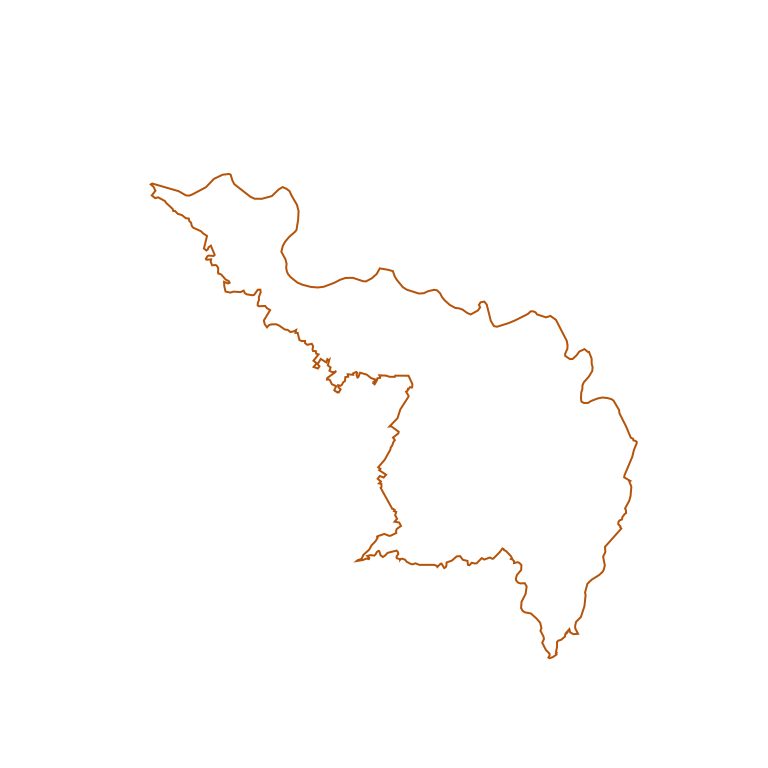 the district of Apazapan, Veracruz, Mexico, rotated 218°
{"feature_id": "50627088B67463100581546", "entity_name": "Apazapan", "entity_type": "district", "adm_level": 2, "iso_a3": "MEX", "parent_name": "Mexico", "parent_adm1": "Veracruz", "projection": "robinson", "projection_center": [-96.664, 19.343], "detail": "fine", "context": "isolated", "style": "outline", "palette": "amber", "viewbox_px": 768, "rotation_deg": 218, "n_neighbors": 0, "source": "geoboundaries", "source_scale": "gbopen_adm2", "svg_char_len": 6131}
<svg xmlns="http://www.w3.org/2000/svg" viewBox="0 0 768 768"><g transform="rotate(218 384 384)"><path d="M683.1,389.6L678.7,389.6L677.0,392.0L669.4,393.3L667.3,392.6L658.2,391.8L656.6,390.6L655.2,391.7L651.4,391.1L647.1,392.7L642.3,392.6L639.7,394.2L637.9,392.6L635.3,392.3L632.8,390.2L630.5,389.7L622.4,391.7L619.0,391.3L614.6,391.7L609.3,379.9L606.1,379.9L605.8,381.7L606.4,383.7L605.6,386.4L596.9,381.5L597.0,380.1L601.3,377.2L601.8,375.9L601.4,372.9L600.7,372.6L599.8,373.1L597.0,375.8L595.8,373.6L592.5,371.7L589.9,374.1L588.7,374.3L586.0,373.3L583.5,369.7L582.4,369.0L581.5,369.7L579.4,370.0L573.0,368.8L569.8,369.5L568.0,368.8L568.7,367.3L572.9,366.0L570.0,362.7L565.8,359.3L561.4,361.4L559.4,364.2L553.6,368.1L552.1,371.2L549.6,369.9L547.3,370.2L542.2,373.0L541.2,374.4L541.5,380.6L539.5,382.2L537.6,380.3L536.2,375.6L534.2,373.1L533.5,370.5L531.9,368.1L530.4,368.3L525.7,372.3L523.1,371.7L519.2,372.1L517.8,360.1L514.8,357.7L511.1,356.6L510.9,359.6L509.4,361.7L505.7,364.7L502.7,365.5L495.7,365.9L493.1,367.4L489.8,367.3L487.4,370.1L486.5,372.4L485.2,369.8L483.5,371.1L477.7,366.6L475.2,367.2L472.7,369.3L471.3,367.6L468.6,367.6L465.7,371.2L463.2,370.2L461.5,367.1L460.2,366.3L458.0,367.9L456.1,366.2L453.8,367.0L453.9,358.9L449.8,359.0L450.0,354.1L445.6,355.5L445.8,358.3L448.5,358.7L449.3,364.8L442.8,365.5L443.9,368.7L442.1,368.6L442.0,369.3L439.7,364.1L436.2,364.1L435.2,360.9L432.3,361.4L430.1,363.2L429.9,365.0L429.7,363.1L432.4,353.8L431.6,352.4L430.4,353.5L429.1,353.8L424.9,351.7L420.4,352.9L419.3,348.4L415.8,348.6L415.9,349.1L414.5,349.5L414.9,353.1L417.9,353.3L419.3,354.9L417.3,355.7L416.7,357.2L417.2,360.5L416.6,362.3L418.7,365.6L416.7,367.7L418.6,369.3L413.9,372.3L414.9,373.4L413.2,376.5L411.8,376.2L411.4,374.4L408.9,372.8L408.5,373.6L409.8,378.2L403.3,380.8L397.7,380.7L393.6,382.2L393.1,379.2L393.5,379.0L393.0,378.0L391.2,378.0L391.8,382.4L392.7,384.4L390.9,386.3L391.3,387.3L393.0,388.0L387.6,391.8L383.9,393.2L379.9,396.3L380.3,397.5L369.8,405.6L361.6,401.4L360.0,399.1L359.9,398.3L361.6,397.5L361.5,394.6L362.0,394.6L361.3,393.1L361.9,391.5L357.3,389.8L356.9,389.1L355.5,374.0L352.3,365.4L353.5,354.0L352.4,355.1L343.0,355.4L342.3,353.9L343.9,347.3L340.9,346.5L340.9,344.2L339.6,340.3L339.7,338.3L338.6,336.2L336.8,324.7L337.3,314.8L334.6,314.9L334.8,313.1L326.5,313.8L326.7,310.1L330.7,308.9L330.6,305.4L326.5,305.3L326.7,302.6L324.7,303.8L322.6,301.3L322.7,300.1L300.6,290.7L300.1,291.2L298.0,291.3L297.9,290.0L295.6,290.7L294.5,287.5L290.7,285.8L290.9,282.0L286.7,284.2L283.2,282.6L284.7,277.7L284.0,275.5L282.6,274.2L285.4,268.5L286.5,267.5L291.4,266.1L295.5,259.8L295.4,259.2L294.3,258.9L293.9,254.6L294.5,249.2L293.7,244.3L295.0,236.7L294.0,232.4L296.4,228.7L296.6,227.6L292.2,232.4L290.5,235.5L288.1,236.7L288.4,237.8L291.3,238.2L289.2,240.9L286.0,242.8L285.7,244.5L286.2,247.0L285.7,249.1L284.9,249.4L281.2,246.9L278.4,247.0L277.5,249.7L277.2,253.2L271.5,260.5L269.6,260.1L268.1,258.9L267.9,256.3L267.4,255.0L266.4,254.6L263.6,255.8L263.2,255.4L263.3,256.2L262.1,257.5L259.4,258.5L256.6,257.9L252.0,258.7L250.4,259.5L248.8,262.1L244.8,263.2L233.3,272.2L230.4,273.3L229.3,272.7L228.7,277.3L228.1,277.9L223.2,276.0L222.6,277.8L222.9,279.1L224.8,281.9L221.8,286.6L220.6,292.9L218.0,295.2L213.6,294.0L209.3,296.0L206.6,293.2L205.1,293.8L204.8,297.2L201.9,298.5L200.6,299.7L199.8,307.0L196.9,307.4L193.8,312.4L191.2,312.9L190.4,313.6L189.3,322.6L189.4,327.3L188.1,327.6L187.2,327.0L185.0,327.5L178.1,326.5L175.9,325.5L176.2,324.3L174.4,324.8L172.4,324.4L171.3,322.9L169.1,325.7L167.5,326.4L164.2,325.9L161.4,321.9L161.7,315.4L160.2,311.7L159.2,310.7L156.3,310.0L153.8,310.8L150.4,313.7L146.9,312.2L143.2,305.8L141.5,297.0L138.0,291.8L134.9,290.5L132.2,290.9L127.0,293.6L119.6,293.1L113.9,292.0L109.7,288.6L108.8,285.9L103.1,283.3L101.0,281.6L100.0,277.5L92.7,274.1L87.6,273.4L86.4,272.1L86.0,269.7L84.7,269.9L82.8,272.8L81.5,277.0L82.8,277.7L82.5,278.6L83.7,279.1L85.7,283.3L88.8,287.2L88.7,289.0L86.9,291.5L85.9,296.4L87.2,298.8L86.6,299.7L86.6,301.1L87.2,300.8L87.0,304.9L84.3,302.9L80.7,303.5L77.3,306.6L82.9,309.2L84.6,311.3L86.2,314.8L85.4,321.6L89.3,332.4L95.2,341.8L97.2,343.5L100.7,351.8L99.9,357.6L96.8,366.1L96.1,370.8L96.5,373.0L98.3,377.0L105.0,382.8L106.2,388.0L109.6,391.7L108.0,416.2L109.7,416.6L110.1,417.4L113.0,417.7L114.1,419.1L114.5,421.2L113.1,423.8L114.2,425.9L114.3,429.5L113.8,431.4L115.9,433.7L117.4,434.3L118.9,443.1L120.8,447.6L125.9,455.4L131.0,458.4L130.5,459.2L137.3,458.3L138.3,460.2L143.5,479.4L146.4,485.8L148.5,493.2L149.3,494.0L150.8,494.0L152.7,493.1L154.0,494.2L156.4,493.6L167.1,499.6L180.5,505.9L182.7,508.2L192.5,512.1L195.1,512.2L199.1,510.6L203.5,507.9L206.7,504.2L210.3,498.2L211.6,494.7L214.8,492.1L217.6,491.7L219.9,493.9L223.4,498.9L224.4,501.8L226.8,505.2L227.6,508.4L227.1,515.8L227.9,522.4L230.0,525.7L232.7,527.7L236.0,531.8L242.2,535.5L242.9,534.8L247.5,534.9L250.1,529.7L249.9,525.3L250.8,519.8L252.8,518.1L258.5,517.7L259.8,519.2L261.2,524.7L263.3,527.6L266.5,530.5L288.0,540.4L294.8,540.1L297.3,536.3L306.3,533.0L308.7,533.8L311.4,533.0L313.1,531.6L313.8,527.6L319.9,514.7L323.3,508.7L330.2,498.7L333.0,497.3L338.7,499.5L351.9,509.8L355.7,510.7L358.2,507.8L357.9,504.8L355.5,503.6L355.2,499.9L358.5,492.2L362.3,491.2L367.8,491.0L371.3,489.9L374.7,487.8L380.8,486.8L387.7,487.3L391.8,488.2L395.6,490.0L399.9,490.5L402.7,488.9L406.6,483.9L408.5,480.1L412.1,476.8L424.0,472.4L428.7,471.9L438.2,474.0L441.8,475.4L446.5,478.4L451.3,476.4L458.5,472.5L457.5,466.2L458.6,460.0L461.4,453.7L463.8,452.1L473.9,448.5L479.6,443.9L482.7,439.2L485.5,433.1L491.3,423.6L495.6,419.3L501.5,415.4L509.7,411.9L514.7,410.6L523.4,410.7L527.4,411.6L530.0,413.0L532.7,415.4L534.7,418.7L538.4,421.6L546.3,425.0L548.8,430.6L549.5,435.1L549.3,441.4L547.8,449.4L547.8,451.5L552.7,460.4L557.8,467.7L562.9,471.6L573.2,475.7L577.1,477.8L581.0,477.8L585.2,476.7L586.8,472.2L588.1,463.0L594.3,454.7L600.1,450.3L604.7,449.3L624.9,449.3L628.2,450.7L633.7,454.5L635.3,454.2L640.0,449.6L644.3,441.0L645.5,429.4L651.6,415.7L653.3,412.7L656.1,410.7L664.6,409.5L690.0,399.3L690.7,397.7L687.0,397.5L683.1,395.6L683.1,389.6Z" fill="none" stroke="#b45309" stroke-width="2"/></g></svg>